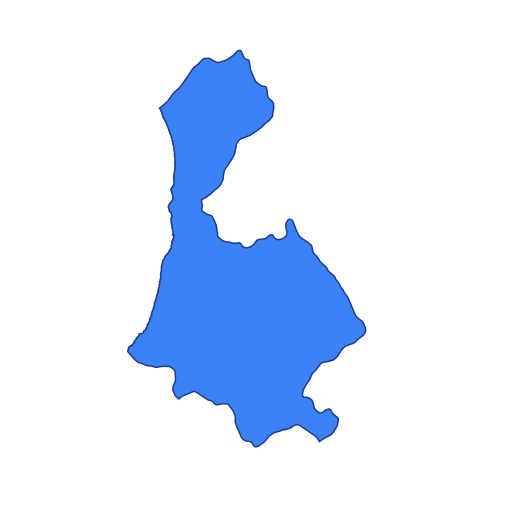 Nagua, María Trinidad Sánchez, Dominican Republic (Equal Earth projection), rotated 214°
{"feature_id": "3306468B71596371711370", "entity_name": "Nagua", "entity_type": "district", "adm_level": 2, "iso_a3": "DOM", "parent_name": "Dominican Republic", "parent_adm1": "María Trinidad Sánchez", "projection": "equal_earth", "projection_center": [-69.872, 19.343], "detail": "fine", "context": "isolated", "style": "filled", "palette": "blue", "viewbox_px": 512, "rotation_deg": 214, "n_neighbors": 0, "source": "geoboundaries", "source_scale": "gbopen_adm2", "svg_char_len": 6040}
<svg xmlns="http://www.w3.org/2000/svg" viewBox="0 0 512 512"><g transform="rotate(214 256 256)"><path d="M409.5,390.8L410.4,387.8L411.2,382.9L412.7,378.4L413.1,376.0L413.2,358.6L413.5,352.6L415.4,345.7L415.9,333.9L418.7,324.5L416.5,323.9L415.8,323.0L414.5,322.4L414.2,321.8L413.3,321.5L413.1,320.9L411.7,320.2L411.0,319.3L410.4,319.3L409.9,318.7L409.2,318.7L409.2,318.4L408.1,318.1L407.6,317.5L406.9,317.5L406.5,316.9L405.8,316.9L405.3,316.3L403.1,315.0L403.1,314.7L400.8,313.5L400.5,312.9L399.2,312.6L398.5,311.4L397.4,311.1L397.1,310.4L396.2,310.1L396.0,309.5L392.8,307.7L392.3,306.8L391.0,306.2L389.8,304.6L388.9,304.3L388.2,303.4L388.2,302.8L387.5,302.8L387.1,301.9L385.9,301.6L385.7,300.9L385.3,300.9L383.2,297.9L382.8,297.9L382.3,297.0L381.8,297.0L380.9,295.7L380.9,295.1L380.2,294.8L380.2,294.2L379.8,294.2L379.3,293.6L379.1,292.7L378.2,292.4L377.0,290.8L377.0,290.2L375.7,288.7L375.4,287.5L374.8,287.5L374.8,287.2L374.1,286.9L373.9,285.6L373.2,285.3L372.7,283.8L372.3,283.2L371.8,283.2L371.8,282.6L370.9,281.6L370.9,280.4L370.0,279.2L370.0,278.6L369.5,278.3L369.5,277.4L368.4,276.1L368.4,275.5L364.3,270.0L364.0,267.6L363.8,267.6L363.8,265.7L364.0,265.7L363.8,263.6L362.9,262.6L362.2,262.6L361.3,261.4L360.4,261.1L360.2,260.5L358.6,259.9L358.3,259.0L357.2,257.8L357.0,256.5L356.7,256.5L356.7,255.6L356.5,254.7L356.7,252.8L356.5,252.5L357.0,251.3L356.7,251.3L356.7,249.8L356.3,247.9L355.6,247.0L354.2,246.4L354.0,245.8L353.5,245.8L352.9,244.6L350.4,244.3L349.4,243.0L348.5,242.7L347.8,241.8L347.6,239.7L347.2,239.7L346.7,239.1L346.7,238.5L345.3,236.6L344.4,236.3L344.4,235.7L344.0,235.1L342.8,234.8L342.4,233.5L341.5,232.9L341.2,232.0L339.9,231.4L338.7,229.6L338.3,229.6L337.6,228.7L337.1,226.8L336.7,226.8L336.4,227.4L335.3,227.1L335.1,225.6L334.4,225.0L334.2,223.4L333.9,223.4L333.7,220.4L332.8,219.8L332.1,217.0L330.7,215.5L331.0,212.7L330.7,212.7L330.7,211.5L330.5,210.3L330.7,207.5L331.0,207.5L331.0,206.6L331.2,205.1L330.5,204.1L330.7,203.8L330.5,203.5L330.7,199.9L329.6,198.3L329.4,196.5L328.9,196.2L328.7,194.7L327.8,193.7L327.8,193.1L326.2,191.0L325.5,188.5L324.8,187.9L324.8,187.3L323.9,186.1L323.2,185.8L322.5,183.3L321.8,182.7L321.6,180.6L320.2,179.0L319.8,177.2L318.6,176.0L318.6,174.4L318.2,173.8L318.2,172.9L317.7,172.9L317.3,172.3L317.3,171.7L317.0,171.7L317.0,170.5L316.6,170.2L316.4,168.0L315.7,167.1L315.5,165.9L315.2,165.9L315.0,164.6L314.5,164.0L314.5,162.8L314.3,162.8L314.3,161.9L313.9,161.3L313.9,160.0L313.2,159.4L313.2,158.8L312.5,157.9L312.3,156.1L311.8,155.8L311.6,154.5L311.3,154.5L311.3,153.3L311.1,153.3L311.1,152.4L310.9,152.4L310.9,150.9L310.2,149.9L310.2,149.3L309.7,149.0L309.7,148.4L309.3,148.1L309.1,145.3L308.8,145.3L308.8,144.7L308.6,144.7L308.4,143.5L307.9,142.9L307.9,141.1L307.5,140.4L307.7,138.3L307.2,138.3L306.8,135.2L306.3,134.9L306.3,134.0L306.6,134.0L306.3,132.5L307.0,131.6L307.0,131.0L306.8,131.0L307.0,129.7L306.6,129.1L306.6,128.5L307.2,127.6L308.2,127.3L308.6,126.7L308.6,126.1L308.8,126.1L308.8,125.4L309.1,125.4L308.6,124.8L308.8,122.1L309.1,122.1L309.1,120.5L308.8,120.5L309.1,117.5L308.8,117.5L308.8,116.6L308.6,116.6L308.6,116.0L308.8,116.0L308.8,112.9L309.1,112.9L309.1,111.7L309.5,111.7L310.0,111.1L310.0,110.4L310.4,110.1L310.4,108.3L309.5,107.7L309.5,106.8L309.3,106.8L309.3,105.8L309.1,105.8L308.8,105.0L298.4,102.3L294.0,101.9L294.0,102.2L284.6,104.4L281.1,106.3L276.7,107.7L271.9,112.2L266.0,116.0L261.3,116.2L259.6,115.7L258.1,114.5L254.3,109.6L252.7,106.5L251.6,101.0L249.9,98.3L244.6,94.9L239.9,94.3L239.3,97.1L238.4,99.1L232.3,108.4L231.5,109.2L228.6,109.8L215.7,109.8L210.6,111.2L208.0,110.3L206.5,110.3L204.9,111.0L200.7,115.2L197.4,117.1L196.0,117.5L188.9,115.1L184.5,112.3L182.8,110.7L180.7,107.1L179.9,106.4L176.3,103.6L166.5,97.4L164.2,96.8L161.3,96.9L156.8,98.9L155.7,99.1L154.2,98.7L152.0,97.4L149.8,97.4L147.8,99.4L145.4,105.5L145.0,107.6L144.4,114.3L142.0,120.2L138.9,123.3L136.7,126.7L134.1,129.0L132.4,131.1L130.9,133.5L129.4,137.2L127.9,139.0L126.2,139.8L124.4,140.1L107.1,139.9L104.0,139.5L99.7,137.7L97.5,143.2L94.3,148.7L93.5,151.7L93.3,154.1L93.7,160.6L95.9,165.9L96.6,166.8L97.6,167.5L104.2,168.3L108.1,170.2L109.6,170.2L110.4,169.6L112.3,167.0L113.2,163.8L114.2,162.3L116.3,161.5L119.4,161.5L122.5,162.4L126.8,166.5L129.1,167.8L132.9,167.9L134.7,167.3L137.3,165.8L138.8,165.8L140.2,167.4L141.9,171.4L142.3,174.5L142.5,184.2L143.6,189.9L142.6,194.7L142.1,202.8L141.5,204.6L135.7,210.5L134.0,212.9L133.0,215.0L132.5,218.0L132.5,226.1L132.1,229.2L131.0,232.0L127.1,237.2L125.7,239.8L124.7,244.7L122.9,249.7L122.7,251.9L123.1,254.8L123.7,256.0L125.3,257.8L130.2,260.7L131.3,261.1L137.9,261.6L140.1,262.3L157.1,273.3L161.5,274.7L165.0,276.7L168.9,277.9L171.7,279.6L176.2,281.1L179.6,283.0L187.3,283.9L191.3,285.9L199.4,287.1L204.1,289.3L209.8,290.5L211.4,291.5L215.1,295.2L216.8,296.0L219.9,296.3L228.7,296.3L231.8,296.8L237.3,300.1L244.8,305.4L246.5,305.9L248.0,305.7L249.0,305.0L249.6,303.8L249.6,301.1L249.0,299.0L247.9,297.3L245.6,294.8L243.4,293.0L242.8,292.0L242.3,289.4L242.9,286.5L244.8,283.6L247.4,281.5L250.3,281.2L253.9,282.7L255.6,282.0L256.5,280.5L257.8,275.8L263.4,270.8L264.1,269.1L264.5,264.1L265.0,262.0L266.9,258.9L269.4,256.8L272.2,256.4L276.0,257.8L276.9,257.8L281.6,254.0L286.0,252.5L288.9,250.8L292.0,250.1L296.4,250.3L298.3,250.9L299.3,251.7L306.0,259.1L310.8,262.3L314.2,264.2L315.6,264.6L319.2,263.3L325.7,263.1L327.0,264.0L328.7,268.0L330.2,269.2L332.6,272.3L330.7,275.6L328.3,281.9L327.1,287.5L325.6,291.8L325.3,296.3L326.0,300.7L329.9,308.5L330.2,312.2L330.2,322.6L330.4,326.5L330.9,328.7L334.7,337.8L335.0,340.0L334.9,342.2L334.3,344.3L328.5,352.7L325.7,359.5L323.6,365.2L322.3,371.4L320.8,375.8L320.4,381.1L322.1,383.9L323.3,387.1L324.5,389.4L326.5,391.9L328.5,393.2L333.7,393.9L335.4,394.7L340.2,400.2L342.0,401.6L342.9,401.7L345.6,400.4L348.5,400.0L353.9,400.4L364.7,407.3L370.8,414.0L372.2,414.3L374.9,413.3L376.4,413.5L382.5,417.3L383.8,417.7L385.1,417.0L386.0,415.5L386.9,410.0L389.8,402.4L394.4,396.3L395.8,395.1L397.5,394.4L405.1,393.8L409.5,390.8Z" fill="#3b82f6" stroke="#1e3a8a" stroke-width="1.5"/></g></svg>